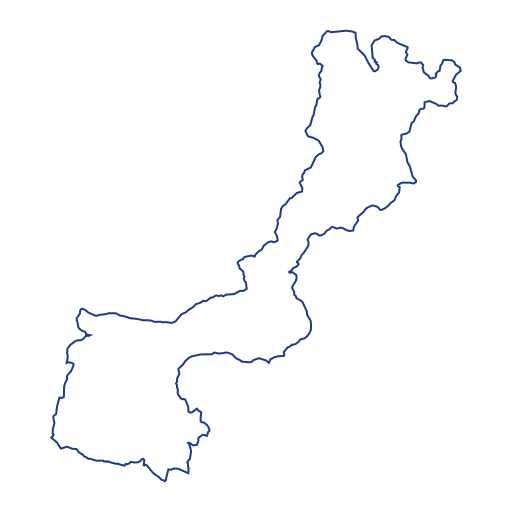 outline of Ferreñafe, Lambayeque, Peru
{"feature_id": "86281439B15952287038744", "entity_name": "Ferreñafe", "entity_type": "district", "adm_level": 2, "iso_a3": "PER", "parent_name": "Peru", "parent_adm1": "Lambayeque", "projection": "orthographic", "projection_center": [-79.498, -6.346], "detail": "fine", "context": "isolated", "style": "outline", "palette": "blue", "viewbox_px": 512, "rotation_deg": 0, "n_neighbors": 0, "source": "geoboundaries", "source_scale": "gbopen_adm2", "svg_char_len": 5963}
<svg xmlns="http://www.w3.org/2000/svg" viewBox="0 0 512 512"><path d="M304.0,338.6L306.3,337.1L308.9,334.1L310.8,330.2L311.1,325.8L310.6,320.7L307.2,314.9L306.9,311.6L302.5,302.1L301.7,301.2L296.5,298.2L295.9,296.2L294.2,294.6L294.2,291.7L292.3,288.5L292.1,287.1L296.0,280.5L296.6,277.5L296.2,274.9L292.5,272.3L289.8,272.7L289.1,272.0L291.6,270.4L293.1,268.2L296.9,266.3L298.5,264.5L298.4,263.4L297.0,262.3L297.0,261.7L299.9,258.8L301.7,255.1L303.9,252.6L308.4,245.7L308.6,242.0L307.5,239.6L310.8,234.4L314.8,233.3L317.3,233.9L319.1,235.5L321.1,235.4L324.6,233.6L326.5,230.8L329.1,229.5L331.8,227.0L332.9,226.9L336.5,228.6L339.7,227.8L342.1,227.8L346.5,230.2L349.3,231.0L353.2,230.5L353.9,226.7L358.1,220.6L357.5,217.8L358.0,216.7L363.9,211.6L365.5,209.1L367.6,207.5L371.9,205.6L373.1,205.5L377.7,206.9L380.0,209.8L381.3,210.0L384.9,208.3L388.4,205.6L390.0,203.5L394.4,200.3L396.2,196.0L399.1,192.5L399.7,187.2L397.8,186.1L397.9,185.0L401.7,182.8L403.3,182.6L410.1,182.7L413.6,183.5L416.0,182.0L416.0,180.4L412.7,176.6L409.8,166.4L407.4,162.2L406.0,154.5L401.8,148.1L401.0,145.7L400.5,141.8L401.5,138.8L401.3,135.2L401.8,134.6L406.2,133.7L409.3,131.8L411.7,122.9L413.7,121.5L416.1,116.1L418.6,113.3L419.6,109.7L420.8,108.9L423.6,108.6L424.5,107.3L424.6,102.3L429.4,101.0L436.0,103.8L438.5,105.7L442.8,105.6L445.0,106.4L446.8,106.2L449.3,103.5L452.3,103.3L456.8,99.7L457.3,97.0L455.6,94.2L455.4,92.5L456.2,86.8L455.1,82.9L453.5,82.4L452.6,81.1L456.0,74.8L460.7,70.8L460.0,67.6L455.2,64.5L454.5,62.2L451.9,60.3L443.5,59.8L442.0,63.9L440.5,65.5L439.6,70.9L437.9,71.4L435.8,73.9L436.3,75.9L435.9,76.6L434.4,77.9L430.7,78.5L429.5,77.5L428.4,75.7L424.2,72.6L423.5,71.5L423.2,69.3L422.5,67.9L423.2,65.2L421.1,62.6L419.0,62.5L416.9,63.4L408.3,62.3L405.8,60.4L405.5,59.0L407.4,54.7L405.8,52.0L407.7,48.0L407.5,47.1L398.8,43.5L395.9,41.7L394.3,40.0L391.6,39.9L388.9,37.0L385.0,36.1L381.4,36.4L379.3,38.6L374.5,40.6L371.6,45.4L372.7,57.8L375.0,60.0L374.7,61.6L376.7,62.3L376.2,63.7L378.3,65.5L378.5,66.3L378.5,67.7L377.3,69.9L374.9,71.3L373.6,71.1L367.9,62.0L364.7,55.5L357.7,48.7L357.3,43.9L355.8,38.4L355.5,32.7L351.7,31.4L346.0,30.7L331.3,32.2L328.3,31.1L327.0,31.2L322.6,36.0L321.3,40.8L319.0,45.2L314.9,47.0L311.8,52.8L312.6,55.6L316.6,60.8L317.2,63.5L318.1,64.1L319.8,63.5L322.7,65.9L321.8,68.0L321.4,70.9L319.6,73.1L318.7,75.7L320.7,79.4L319.6,82.7L320.3,84.2L320.3,87.1L319.0,90.1L319.9,95.5L320.4,96.3L319.9,97.6L317.4,99.0L316.4,105.1L315.1,107.1L313.5,115.3L312.5,116.9L310.3,125.1L307.4,127.8L305.4,130.8L307.5,135.4L308.3,136.4L313.4,137.8L318.7,140.7L322.4,146.9L323.4,150.9L321.5,153.3L319.2,154.0L315.8,156.9L310.9,167.4L305.0,170.3L303.8,173.3L302.6,174.3L302.1,177.6L302.8,179.4L302.6,180.3L300.5,181.5L299.7,182.8L302.3,187.9L302.1,191.5L296.7,193.0L291.6,198.1L290.0,198.2L285.3,204.4L282.6,206.3L281.0,209.0L280.1,216.9L277.5,220.0L277.9,223.8L276.4,229.6L274.8,231.9L276.9,236.1L277.7,240.0L277.3,241.0L273.4,242.3L271.6,241.3L268.2,242.2L263.8,245.6L261.7,249.7L258.9,251.2L255.4,254.7L254.6,256.6L251.7,255.6L245.8,256.6L243.7,257.6L242.9,259.3L240.7,259.9L238.0,261.9L237.6,263.6L239.2,265.7L239.4,268.1L243.1,271.4L243.7,275.0L244.5,276.6L243.7,278.7L244.8,281.3L245.9,282.3L246.7,288.9L243.3,291.0L240.1,290.8L234.0,294.1L225.9,294.7L223.2,296.4L221.1,295.3L218.9,296.1L216.3,295.4L214.2,296.3L213.0,297.5L210.7,297.6L206.6,300.9L205.0,301.2L203.5,300.6L201.7,302.0L198.4,303.5L196.2,303.9L193.0,307.2L188.9,309.6L185.7,312.4L181.5,314.2L175.4,321.5L171.8,322.9L165.5,322.1L162.3,322.3L160.5,321.7L154.5,321.9L150.8,320.5L145.4,320.1L144.0,320.4L136.9,318.9L130.2,318.2L124.0,316.2L119.8,315.5L116.3,313.5L114.1,313.2L108.5,313.3L104.5,314.4L99.8,314.7L97.2,315.7L95.2,315.7L88.1,312.4L85.0,309.8L82.1,308.7L81.0,309.4L80.2,310.4L79.9,313.6L76.7,318.3L76.7,320.1L77.7,323.0L78.2,326.8L78.8,328.2L81.9,330.7L85.0,331.8L86.0,333.4L86.0,334.4L90.2,335.2L88.7,335.9L86.2,335.8L82.6,339.4L80.5,340.3L77.2,340.4L75.3,341.2L70.3,344.9L67.5,348.4L67.1,353.4L67.7,355.7L67.4,359.9L66.6,362.8L67.8,362.3L71.2,362.7L73.5,363.8L73.6,365.0L71.1,371.2L67.8,374.8L66.9,376.6L67.2,379.1L65.0,383.3L64.1,386.7L63.9,396.9L61.5,398.2L59.8,397.5L59.3,397.9L57.0,406.7L56.1,414.0L54.0,415.5L53.3,417.1L54.4,423.3L52.8,429.3L52.7,433.5L53.5,434.5L53.4,435.5L51.3,437.6L57.0,442.6L60.9,448.6L67.3,446.7L71.9,448.7L76.6,449.1L78.6,452.0L83.5,455.3L84.1,456.4L86.2,457.2L88.3,458.9L89.4,458.6L96.5,460.7L103.3,460.7L104.1,461.6L105.7,461.3L107.1,461.9L107.4,461.4L108.3,461.4L111.4,462.7L117.5,464.0L118.3,463.6L119.1,464.3L124.0,465.5L124.8,465.5L125.6,463.9L127.0,464.2L129.2,463.5L131.0,461.8L134.0,462.5L137.6,462.3L140.2,461.2L142.3,458.8L143.5,459.0L144.3,460.2L143.7,465.3L144.4,465.5L145.5,464.7L147.0,465.5L153.1,473.0L159.5,477.5L161.0,479.5L163.7,480.3L164.7,481.3L166.1,479.7L166.1,478.2L168.3,469.6L171.0,469.6L174.6,468.4L178.4,468.8L188.3,473.2L188.6,468.0L188.0,466.3L188.1,463.8L187.3,462.0L189.8,459.1L191.1,451.3L190.0,446.5L189.2,444.3L188.1,442.9L188.6,442.7L190.2,443.3L193.1,445.4L197.0,444.8L198.4,440.8L198.4,437.8L202.6,434.8L204.8,434.9L206.2,435.9L207.0,435.9L208.0,432.2L209.4,430.9L209.5,430.1L208.9,428.0L207.2,425.2L204.0,422.6L201.6,422.3L200.7,421.6L200.6,417.4L201.3,412.5L200.9,411.9L198.7,410.9L196.9,408.7L192.2,412.2L190.5,412.6L189.1,412.2L188.4,411.2L188.3,407.2L185.5,400.0L184.0,398.9L182.5,399.3L181.1,398.7L178.2,394.5L177.6,392.4L177.9,389.3L177.1,387.8L177.0,385.2L176.0,383.5L177.0,381.8L177.2,378.2L179.4,373.7L178.3,368.9L183.2,364.3L184.9,361.5L188.6,358.1L191.6,356.4L200.9,354.4L212.1,354.3L213.8,352.8L215.0,352.6L218.5,353.6L224.1,353.0L225.8,352.4L229.0,353.0L232.6,354.6L235.9,358.2L240.5,360.4L241.7,361.6L249.2,362.3L251.2,362.1L253.5,360.1L259.0,358.2L266.4,360.6L268.8,362.9L270.6,359.1L273.0,358.2L273.8,357.4L277.5,356.4L283.9,355.8L284.4,354.8L283.7,352.2L287.6,347.4L290.0,346.5L291.9,344.7L293.6,344.7L295.9,343.8L298.4,341.9L300.4,339.4L304.0,338.6Z" fill="none" stroke="#1e3a8a" stroke-width="2"/></svg>